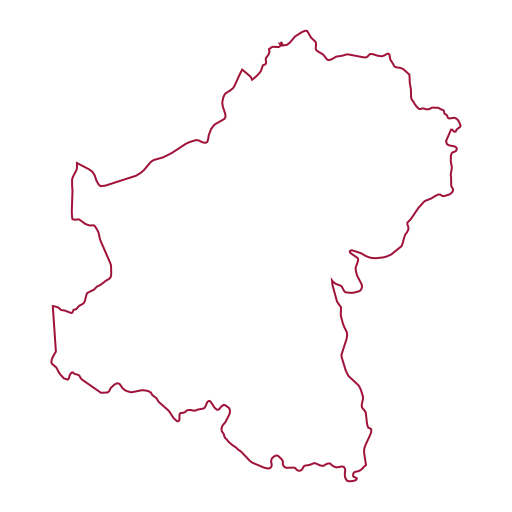 Nakhon Ratchasima, Natural Earth projection
{"feature_id": "THA-441", "entity_name": "Nakhon Ratchasima", "entity_type": "Province", "adm_level": 1, "iso_a3": "THA", "parent_name": "Thailand", "parent_adm1": "", "projection": "natural_earth1", "projection_center": [102.187, 14.947], "detail": "fine", "context": "isolated", "style": "outline", "palette": "rose", "viewbox_px": 512, "rotation_deg": 0, "n_neighbors": 0, "source": "natural_earth", "source_scale": "10m", "svg_char_len": 5970}
<svg xmlns="http://www.w3.org/2000/svg" viewBox="0 0 512 512"><path d="M63.9,378.4L60.5,374.7L59.0,372.6L56.3,367.5L52.1,363.9L51.6,363.2L51.4,362.2L51.5,360.8L52.2,358.4L53.3,355.9L55.9,351.6L52.8,306.1L54.8,306.4L58.5,307.6L60.4,309.5L61.9,310.2L64.7,310.5L71.1,313.0L71.8,312.9L72.4,312.4L73.5,310.0L74.1,309.6L75.7,309.4L76.4,309.0L79.0,305.9L82.6,304.0L83.8,303.0L84.8,301.2L86.5,294.5L87.0,293.4L87.6,292.8L94.0,289.6L96.8,286.7L100.5,284.9L106.2,280.5L109.0,279.0L110.6,277.2L111.2,274.6L111.1,266.8L110.8,264.7L110.1,262.7L100.3,240.2L99.5,237.2L98.9,234.0L98.1,231.6L96.0,227.8L94.8,226.1L94.2,225.6L93.6,225.3L90.0,225.5L88.3,225.1L85.1,223.8L79.3,219.5L77.7,219.4L75.1,219.8L72.5,219.2L72.0,216.3L71.8,211.4L72.5,190.2L72.1,186.0L72.1,179.3L73.0,176.7L76.5,170.0L77.0,167.8L76.9,163.0L89.2,169.4L92.4,171.8L94.6,175.2L96.5,180.7L98.5,184.3L99.6,185.4L100.6,186.1L105.1,185.7L136.1,175.7L140.9,172.7L143.9,170.1L150.6,162.2L152.4,160.8L153.9,160.0L163.0,157.4L171.8,153.0L185.7,143.9L189.0,142.3L195.2,140.3L196.7,140.1L198.8,140.5L202.5,142.3L205.0,142.8L206.2,142.6L207.1,142.0L207.5,141.3L208.3,138.5L208.7,135.4L211.0,129.3L213.3,126.0L215.0,124.3L224.1,119.1L225.1,117.9L225.4,117.1L225.4,115.0L225.0,113.1L223.0,107.1L222.4,104.3L222.3,102.1L223.3,97.3L224.8,94.2L225.8,93.2L230.6,90.1L233.0,88.2L234.1,86.7L240.2,73.4L242.2,69.6L250.6,76.7L252.1,79.8L256.3,76.3L259.9,72.5L261.0,70.7L262.9,65.3L263.5,64.9L265.2,64.5L265.9,63.4L266.1,62.2L265.7,59.3L265.9,58.2L268.7,54.2L269.5,51.9L269.0,49.1L272.4,46.8L278.7,47.0L281.2,45.5L279.8,43.7L280.7,43.8L281.1,43.5L281.2,41.9L282.9,45.5L286.9,44.9L289.8,42.7L295.0,36.5L301.9,32.1L305.3,30.7L307.2,31.0L311.1,37.7L315.2,41.5L315.7,42.1L316.1,44.0L315.7,48.4L315.9,49.4L316.6,50.5L318.0,51.5L322.6,54.2L323.6,55.1L327.1,59.5L327.9,59.9L328.9,60.1L331.9,59.2L336.2,56.6L342.5,55.7L346.5,54.4L348.8,54.5L364.0,57.4L366.2,57.4L367.6,56.5L369.7,54.2L371.1,54.0L373.3,54.3L378.0,55.8L381.8,56.3L384.2,55.5L387.0,53.9L387.8,53.6L388.6,53.9L389.4,54.5L390.3,59.5L392.7,63.3L394.1,65.9L394.8,66.7L396.0,67.3L400.0,67.8L403.1,69.0L409.4,74.6L409.8,83.0L410.9,89.2L411.1,96.9L411.4,98.7L411.7,99.4L413.7,102.2L414.5,103.7L416.4,106.3L418.0,108.1L419.3,109.0L420.1,109.1L422.4,108.4L423.2,108.4L426.6,109.4L429.2,109.1L432.1,107.6L438.3,107.8L441.1,109.4L443.5,110.3L443.9,111.1L444.4,113.4L444.9,114.1L446.3,114.7L446.9,115.3L447.9,117.7L448.6,118.3L449.4,118.5L453.8,117.8L455.1,118.0L457.0,119.1L458.4,120.8L459.2,122.3L460.6,125.6L460.1,126.9L456.9,129.3L455.5,131.7L454.2,131.7L452.1,129.6L451.0,129.7L446.0,141.2L446.9,143.9L447.5,144.5L448.9,145.3L454.5,146.4L455.8,147.1L456.6,148.0L456.8,148.7L456.2,150.7L455.0,151.5L452.3,152.6L451.7,153.2L450.9,155.7L450.8,161.9L451.8,166.5L451.8,168.0L450.8,174.5L450.8,175.8L451.1,176.8L451.2,185.3L451.7,187.1L453.1,189.2L453.1,190.1L452.7,191.4L451.3,193.1L449.4,194.5L443.6,196.2L442.0,195.8L440.1,194.5L438.3,194.5L434.7,196.3L431.4,198.4L425.2,200.9L423.9,201.8L418.5,207.8L410.7,219.3L407.5,222.5L407.3,224.1L408.3,227.1L408.5,228.4L408.2,229.8L407.2,232.0L405.2,234.7L404.0,238.2L402.9,242.6L401.6,246.1L391.2,254.5L386.7,256.5L383.4,257.4L375.9,258.2L371.8,258.0L368.4,257.1L365.4,255.8L361.0,253.2L352.7,250.5L350.8,250.4L350.2,250.7L349.8,251.3L349.9,252.2L350.8,253.3L357.2,257.7L357.7,258.2L358.1,259.0L358.1,260.4L357.5,262.5L355.7,267.4L355.7,269.0L355.8,270.7L357.0,275.4L361.8,284.7L362.0,287.0L361.4,289.0L360.1,290.7L358.6,291.4L353.5,292.7L351.7,292.9L345.9,292.4L344.9,291.9L344.0,290.8L342.1,287.2L341.1,285.9L335.5,283.7L333.0,281.7L332.0,280.4L332.5,285.1L337.0,301.5L341.0,307.3L340.8,314.4L341.0,316.5L342.9,323.5L344.3,327.2L346.7,331.8L347.0,333.1L347.2,334.9L346.6,338.9L341.6,354.3L341.4,355.4L341.9,358.0L345.7,370.4L348.3,375.8L358.2,385.0L359.6,387.1L361.0,390.2L362.9,396.3L363.0,397.6L362.9,399.1L361.7,404.8L361.9,407.1L362.7,408.5L364.6,410.6L365.8,412.8L367.0,423.6L367.6,426.1L368.3,427.6L369.9,428.3L371.2,429.2L371.2,432.1L370.0,435.3L365.4,445.2L364.2,448.8L364.1,452.8L366.0,465.1L364.2,466.5L362.0,469.0L360.1,470.4L357.9,471.3L355.2,471.8L353.8,472.6L353.2,474.2L353.1,476.0L353.6,476.7L356.6,478.1L356.8,478.8L356.0,480.0L353.6,480.9L349.9,481.3L347.9,481.1L347.0,480.6L346.0,479.3L345.2,477.5L344.9,476.2L344.8,473.3L345.2,471.0L345.1,469.4L344.7,468.3L343.9,467.0L343.0,466.6L341.7,466.5L336.6,467.4L335.4,467.2L332.2,465.5L330.2,463.6L329.2,463.4L328.0,463.5L325.9,464.3L323.9,465.6L323.1,465.9L320.4,465.5L316.4,463.7L315.1,463.2L314.0,463.2L309.3,465.0L305.1,465.6L304.3,466.0L303.6,466.5L302.5,468.8L301.4,470.1L300.7,470.5L299.0,470.8L297.1,470.2L295.3,468.2L294.0,467.6L286.7,467.8L285.6,467.5L284.5,467.0L283.3,465.5L282.9,464.3L282.8,461.2L282.5,460.5L281.6,459.2L278.2,455.9L277.3,455.6L276.1,455.5L274.2,456.4L272.3,457.9L271.5,459.3L271.1,461.1L271.7,465.0L271.6,466.0L270.8,467.5L269.4,468.3L267.6,468.5L263.9,467.6L252.4,462.7L250.1,461.1L241.0,451.5L238.4,449.8L236.1,447.6L232.1,444.9L228.5,441.7L226.6,439.3L224.8,437.6L223.7,434.0L221.9,431.4L221.6,430.5L221.5,428.6L222.0,426.7L222.8,425.2L225.4,422.1L229.3,414.5L230.0,411.8L229.8,409.7L229.1,408.1L225.2,405.2L223.6,404.9L221.3,406.5L219.3,409.1L217.8,409.8L216.8,409.6L214.8,408.0L210.6,401.7L210.1,401.2L209.3,400.9L208.5,401.1L207.4,402.0L205.0,407.2L204.6,407.8L203.2,408.6L197.6,409.6L195.5,410.6L193.0,410.6L190.5,409.9L188.1,410.1L186.8,410.5L184.9,412.2L183.0,412.8L180.6,413.0L179.9,413.6L179.4,415.2L179.5,419.3L178.7,421.0L177.9,421.3L176.9,421.1L173.6,418.1L169.1,411.2L168.0,410.1L158.5,401.7L156.4,398.1L152.5,395.3L150.8,392.5L148.1,391.0L145.4,390.5L142.0,390.2L132.0,392.2L130.6,392.2L126.9,391.1L125.2,390.3L122.6,388.3L119.9,384.3L119.3,383.8L117.5,383.3L115.8,383.8L114.1,384.9L110.7,388.0L109.2,391.1L107.6,392.5L101.0,392.8L81.6,379.3L80.2,377.4L79.5,375.9L78.7,375.2L77.4,374.6L74.9,374.0L73.3,373.1L72.8,372.4L72.1,372.4L71.1,373.0L69.6,375.5L68.9,378.3L67.8,379.6L63.9,378.4Z" fill="none" stroke="#9f1239" stroke-width="2"/></svg>